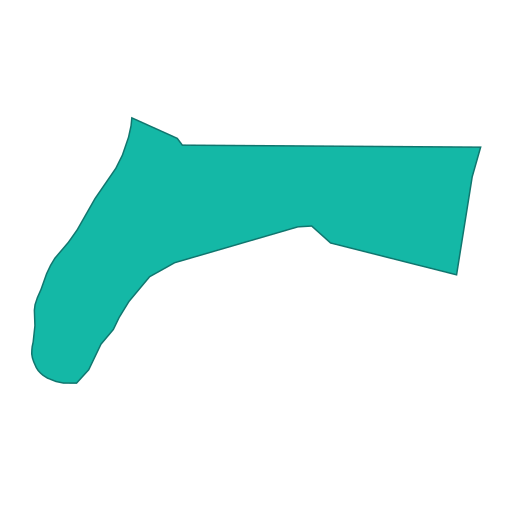 an SVG outline of Bani Suwayf, rotated 182°
{"feature_id": "EGY-1546", "entity_name": "Bani Suwayf", "entity_type": "Governorate", "adm_level": 1, "iso_a3": "EGY", "parent_name": "Egypt", "parent_adm1": "", "projection": "equal_earth", "projection_center": [30.952, 29.058], "detail": "fine", "context": "isolated", "style": "filled", "palette": "teal", "viewbox_px": 512, "rotation_deg": 182, "n_neighbors": 0, "source": "natural_earth", "source_scale": "10m", "svg_char_len": 720}
<svg xmlns="http://www.w3.org/2000/svg" viewBox="0 0 512 512"><g transform="rotate(182 256 256)"><path d="M201.4,287.9L215.2,286.6L337.0,246.5L361.6,231.6L381.4,206.1L390.6,189.9L396.0,177.6L407.9,162.4L419.2,136.5L430.9,122.7L444.0,122.3L451.5,123.6L460.2,126.7L464.6,129.3L467.2,131.4L469.7,133.9L471.7,136.8L474.5,142.6L475.9,146.4L476.7,150.3L476.7,154.6L476.5,157.7L475.7,162.2L474.5,178.6L475.6,194.1L475.1,199.6L473.0,206.8L469.7,215.0L464.6,231.1L460.9,239.6L456.9,246.8L443.9,263.2L435.6,275.9L418.8,307.9L399.1,338.8L393.0,352.2L387.5,370.3L385.4,381.8L384.9,389.7L338.8,370.8L333.5,364.2L35.3,372.6L42.7,342.7L54.9,244.2L181.9,271.6L201.4,287.9Z" fill="#14b8a6" stroke="#0f766e" stroke-width="1.5"/></g></svg>